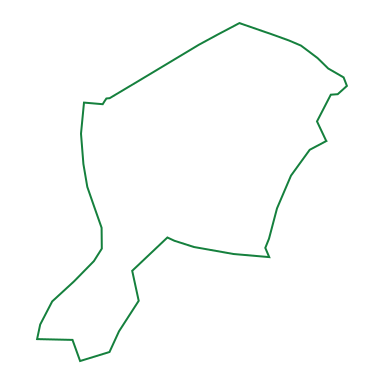 the district of Mangalmé, Guéra, Chad
{"feature_id": "50815135B54463089232866", "entity_name": "Mangalmé", "entity_type": "district", "adm_level": 2, "iso_a3": "TCD", "parent_name": "Chad", "parent_adm1": "Guéra", "projection": "albers", "projection_center": [19.561, 12.316], "detail": "fine", "context": "isolated", "style": "outline", "palette": "green", "viewbox_px": 384, "rotation_deg": 0, "n_neighbors": 0, "source": "geoboundaries", "source_scale": "gbopen_adm2", "svg_char_len": 720}
<svg xmlns="http://www.w3.org/2000/svg" viewBox="0 0 384 384"><path d="M84.0,102.6L81.0,133.7L83.4,164.0L87.3,186.9L93.8,205.6L101.6,227.8L101.8,248.6L93.9,261.1L74.0,281.4L52.2,301.4L40.2,324.5L37.1,339.1L72.5,339.9L80.1,361.0L109.5,352.0L119.0,331.3L138.7,300.8L132.2,270.8L167.4,237.5L174.5,240.8L193.9,247.0L233.4,254.0L269.2,257.1L265.3,247.9L269.0,238.7L277.0,208.4L291.0,175.6L309.7,149.8L326.3,141.0L326.2,140.9L317.0,121.4L330.8,94.7L337.7,94.2L346.9,85.9L343.6,77.4L328.2,68.5L317.6,58.1L301.0,45.6L289.0,40.5L269.9,33.6L265.1,32.0L239.4,23.1L217.6,34.6L198.8,44.8L143.3,78.1L109.6,98.2L108.1,98.3L106.4,98.5L104.5,101.3L102.7,104.2L84.1,102.6L84.0,102.6Z" fill="none" stroke="#15803d" stroke-width="2"/></svg>